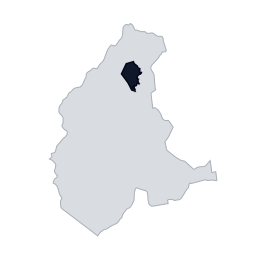 location of Aweil Centre, Northern Bahr el Ghazal, South Sudan, rotated 83°
{"feature_id": "79223893B3139508517189", "entity_name": "Aweil Centre", "entity_type": "district", "adm_level": 2, "iso_a3": "SSD", "parent_name": "South Sudan", "parent_adm1": "Northern Bahr el Ghazal", "projection": "albers", "projection_center": [27.174, 8.427], "detail": "fine", "context": "in_parent", "style": "filled", "palette": "ink", "viewbox_px": 256, "rotation_deg": 83, "n_neighbors": 0, "source": "geoboundaries", "source_scale": "gbopen_adm2", "svg_char_len": 4100}
<svg xmlns="http://www.w3.org/2000/svg" viewBox="0 0 256 256"><g transform="rotate(83 128 128)"><path d="M207.8,195.4L200.3,203.2L199.7,203.6L198.8,204.2L195.7,204.3L192.5,204.0L189.6,202.1L186.6,203.6L184.7,204.1L183.6,204.3L180.9,204.6L177.2,205.5L175.5,206.5L174.6,207.3L173.9,208.8L173.5,209.0L172.8,208.8L171.9,208.2L169.9,207.4L168.8,205.5L167.9,204.4L167.1,203.8L164.0,205.7L162.4,206.2L161.2,206.1L158.9,205.1L156.3,204.2L155.0,204.3L153.1,205.4L150.9,207.1L149.8,208.8L149.2,209.8L148.4,208.3L147.7,207.3L146.6,207.0L144.5,207.4L143.9,206.8L143.8,205.5L143.5,204.3L143.0,203.4L141.3,202.5L137.1,200.8L133.8,197.1L132.2,195.4L131.0,194.4L129.2,191.5L127.3,189.5L125.0,188.6L123.4,189.1L121.9,191.2L118.9,193.2L117.5,193.3L115.7,192.2L113.5,191.5L109.6,191.2L107.9,192.1L105.8,193.6L104.0,194.5L102.8,194.7L101.8,194.3L100.6,194.1L99.6,194.1L97.4,192.7L96.3,191.7L95.6,190.7L94.4,190.0L93.0,189.5L92.0,188.6L91.5,187.5L90.7,186.1L89.7,184.8L86.4,182.6L85.5,181.2L84.8,179.9L83.5,178.5L82.1,176.6L81.6,173.7L81.6,171.5L81.3,170.4L80.7,169.4L80.0,168.5L78.8,167.5L76.2,166.0L73.5,164.3L72.2,163.3L69.7,163.0L68.2,162.0L67.0,159.9L66.5,158.1L65.3,156.8L64.7,155.9L64.4,154.8L65.4,151.4L64.0,150.2L61.9,148.6L60.3,147.0L59.4,145.4L56.7,143.3L50.7,140.3L47.3,138.3L45.4,136.5L43.7,134.8L43.6,134.1L44.6,132.4L44.8,130.9L44.0,129.4L40.4,126.4L37.6,123.2L35.4,122.2L30.2,121.2L28.7,120.9L27.2,120.2L25.6,118.8L25.1,117.0L25.9,114.3L25.4,113.5L24.6,113.2L24.8,112.6L25.8,111.3L27.4,110.5L31.7,109.1L31.9,108.6L32.0,106.9L32.4,106.1L33.9,103.7L34.1,102.7L34.2,100.7L34.4,99.7L34.8,99.1L36.0,97.9L36.4,97.2L36.6,95.6L36.5,92.6L37.1,91.3L39.8,88.6L40.5,87.3L40.8,86.2L40.8,85.1L40.9,84.0L41.7,82.9L42.4,82.5L44.4,82.2L45.7,82.4L55.2,80.6L56.3,80.8L56.8,82.0L56.8,83.8L56.9,84.6L57.4,85.3L58.9,86.1L59.9,87.6L60.5,88.1L62.0,89.1L69.0,97.3L71.0,98.1L73.0,97.8L76.8,96.1L78.7,95.7L92.1,96.2L93.6,95.9L95.7,100.1L96.7,101.0L111.4,101.0L111.1,99.8L111.3,98.5L113.8,96.0L114.2,95.7L116.5,94.5L118.7,93.6L122.9,92.7L124.5,91.2L125.3,89.8L125.3,87.1L125.9,86.7L126.9,86.0L131.8,83.6L132.6,83.1L141.4,88.6L146.3,93.0L146.6,93.2L146.8,93.3L147.1,93.1L147.3,92.9L147.9,92.7L150.0,92.6L153.9,92.4L155.2,91.8L163.1,83.9L165.0,81.3L165.6,80.8L166.7,79.0L167.8,75.9L168.1,75.6L176.7,68.1L177.0,67.5L177.0,67.0L175.7,64.5L175.4,63.3L175.3,61.3L175.5,58.3L175.4,56.4L175.3,55.9L175.2,55.8L170.3,50.4L182.5,50.2L182.5,49.5L182.5,49.3L182.2,48.6L182.1,47.8L182.1,47.3L182.2,46.9L182.2,46.6L182.1,46.4L182.2,46.2L190.9,46.2L190.8,47.7L189.8,51.4L189.9,53.5L189.7,56.0L189.4,56.7L188.9,57.3L188.8,57.6L188.8,57.9L190.8,71.7L190.7,72.3L190.2,73.2L190.1,73.5L190.3,73.8L194.4,75.3L194.5,75.4L194.7,75.5L196.2,77.2L204.3,83.7L204.6,84.0L205.4,86.1L205.5,86.4L205.5,86.9L205.5,87.3L205.4,88.5L205.4,89.1L205.6,89.4L205.7,89.8L205.7,90.0L205.6,90.3L204.5,92.7L204.1,94.4L204.0,95.8L204.1,96.7L204.3,97.2L204.4,97.4L204.5,97.5L207.9,97.4L207.9,98.2L208.6,110.7L208.6,112.1L208.5,113.9L208.1,114.6L207.2,115.6L206.0,116.5L202.9,116.8L200.3,116.8L198.4,116.6L195.9,116.6L193.5,116.8L192.7,117.6L189.7,124.3L188.7,126.0L188.5,127.0L188.8,127.5L190.0,128.4L192.7,129.5L195.8,130.1L198.1,130.4L199.7,130.7L200.9,131.0L205.3,134.0L206.8,135.4L207.6,136.6L207.8,137.9L208.4,139.2L212.5,143.3L216.3,145.2L217.8,147.4L219.3,148.5L220.6,149.6L221.4,151.3L223.1,156.3L224.3,158.9L225.5,161.0L226.0,164.5L226.9,166.0L227.9,167.9L229.5,169.6L231.1,170.9L231.4,171.2L215.2,187.8L207.8,195.4Z" fill="#d9dde1" stroke="#a8b0b8" stroke-width="1"/><path d="M85.4,111.9L85.1,111.8L85.1,111.7L84.2,112.3L83.9,112.1L83.6,112.2L83.6,112.5L83.4,112.7L83.2,112.4L81.2,112.2L80.8,111.7L79.9,113.1L77.2,111.9L76.3,110.8L76.1,109.4L75.0,108.0L74.5,107.9L74.4,109.6L72.6,109.3L72.0,109.7L71.5,109.5L71.0,109.0L70.5,109.0L69.7,110.7L67.6,111.2L65.0,113.9L62.8,114.6L64.0,121.9L73.5,127.9L76.0,126.5L81.8,123.2L83.6,122.3L90.7,119.7L92.2,116.6L91.6,116.8L90.8,116.3L90.4,116.3L90.1,116.7L88.4,117.0L87.8,118.1L87.3,117.8L87.1,116.6L87.3,116.3L86.8,114.5L85.8,114.2L84.7,113.1L84.9,112.3L85.4,111.9Z" fill="#0f172a" stroke="#020617" stroke-width="1.5"/></g></svg>